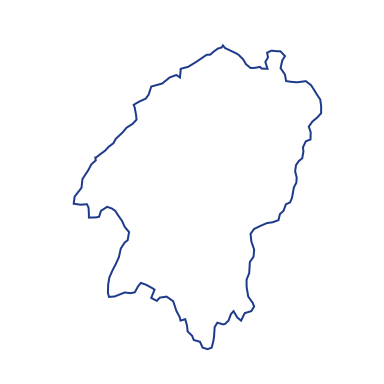 outline of Pachna, Limassol, Cyprus, rotated 9°
{"feature_id": "46923920B95512444648748", "entity_name": "Pachna", "entity_type": "district", "adm_level": 2, "iso_a3": "CYP", "parent_name": "Cyprus", "parent_adm1": "Limassol", "projection": "equal_earth", "projection_center": [32.786, 34.766], "detail": "fine", "context": "isolated", "style": "outline", "palette": "blue", "viewbox_px": 384, "rotation_deg": 9, "n_neighbors": 0, "source": "geoboundaries", "source_scale": "gbopen_adm2", "svg_char_len": 2199}
<svg xmlns="http://www.w3.org/2000/svg" viewBox="0 0 384 384"><g transform="rotate(9 192 192)"><path d="M91.1,173.1L92.0,175.8L88.3,180.4L86.0,187.0L81.8,196.2L82.2,205.1L76.8,214.9L77.0,222.1L83.9,222.0L90.1,220.5L92.3,223.7L93.4,228.8L94.2,233.4L101.2,232.1L104.1,231.0L105.0,224.9L110.5,219.9L115.6,220.9L119.4,222.8L122.1,226.0L127.6,231.7L131.0,237.0L136.1,241.4L136.0,249.7L133.4,252.5L130.5,259.0L130.0,267.8L127.8,275.7L125.7,281.9L123.7,289.6L123.7,296.6L124.7,304.7L126.4,308.6L131.9,307.3L141.2,301.8L147.4,301.5L151.2,300.0L153.5,293.6L155.7,289.8L161.2,290.8L167.9,293.2L170.3,294.3L168.3,303.0L174.3,305.0L176.7,301.4L183.3,299.3L190.5,302.8L195.2,311.9L199.4,317.5L200.8,320.8L205.2,318.7L207.9,324.5L209.5,330.4L214.7,334.1L216.9,337.9L223.3,338.7L226.8,344.0L232.0,344.8L235.8,342.6L236.4,335.8L236.4,331.5L235.5,321.9L237.5,317.1L243.4,317.9L245.3,317.1L248.2,313.3L249.6,306.4L251.7,303.2L256.4,308.9L260.3,311.2L260.6,311.4L263.0,303.4L269.2,300.4L271.3,295.4L269.2,291.9L263.9,286.5L261.2,278.5L260.7,276.7L259.6,270.1L261.2,263.2L260.1,252.1L262.9,246.3L262.4,239.2L258.3,231.4L256.4,224.2L259.1,218.8L265.3,214.5L271.0,210.9L276.1,209.4L281.8,206.3L282.3,200.1L285.3,196.3L286.7,189.4L290.4,187.0L291.7,182.2L291.8,176.8L291.9,171.6L293.6,166.4L293.1,161.2L290.6,155.4L290.5,149.2L292.7,144.6L295.6,141.5L295.7,134.5L294.6,130.4L296.5,124.1L300.8,121.6L299.9,114.5L297.1,109.1L300.0,103.4L304.2,98.7L307.2,94.0L306.9,92.0L306.1,86.9L304.2,80.6L300.1,76.2L297.1,72.6L292.9,67.9L287.1,64.7L278.7,67.2L272.3,67.7L267.6,67.7L265.4,61.4L260.1,55.8L260.6,47.9L262.6,43.2L259.3,40.7L257.4,39.2L253.4,39.7L248.3,40.0L244.4,42.7L246.0,47.1L244.1,52.1L247.3,58.5L241.4,59.2L239.7,57.8L234.2,59.7L230.3,60.3L225.3,57.3L221.7,52.9L216.5,49.2L214.1,48.2L207.1,46.1L202.2,44.7L199.6,42.4L198.6,44.7L195.1,46.3L191.5,49.9L188.5,53.5L185.0,54.2L176.1,62.6L168.7,68.9L161.6,72.1L162.2,80.8L158.2,78.9L152.1,82.3L145.6,89.5L135.3,94.2L133.9,102.7L131.7,107.0L125.8,110.9L120.8,115.0L122.3,117.8L124.7,124.7L125.9,129.2L122.6,134.1L117.4,138.6L114.0,144.2L108.3,151.5L106.9,155.9L102.6,160.4L99.7,164.8L95.5,169.0L91.9,172.9L91.1,173.1Z" fill="none" stroke="#1e3a8a" stroke-width="2"/></g></svg>